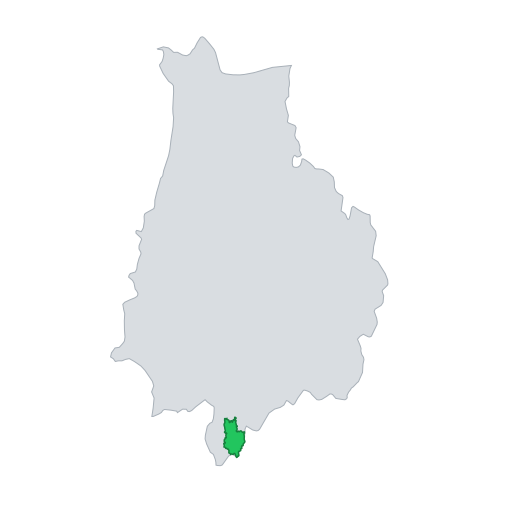 location of Klimavichy, Mogilev, Belarus, rotated 96°
{"feature_id": "67162791B58533541453403", "entity_name": "Klimavichy", "entity_type": "district", "adm_level": 2, "iso_a3": "BLR", "parent_name": "Belarus", "parent_adm1": "Mogilev", "projection": "equal_earth", "projection_center": [31.953, 53.607], "detail": "fine", "context": "in_parent", "style": "filled", "palette": "green", "viewbox_px": 512, "rotation_deg": 96, "n_neighbors": 0, "source": "geoboundaries", "source_scale": "gbopen_adm2", "svg_char_len": 8007}
<svg xmlns="http://www.w3.org/2000/svg" viewBox="0 0 512 512"><g transform="rotate(96 256 256)"><path d="M426.5,342.8L418.0,342.4L407.9,342.5L402.1,345.6L395.9,344.1L391.5,345.9L381.4,354.4L377.4,359.0L373.6,366.0L371.3,371.3L372.5,375.0L374.3,378.4L374.7,382.1L375.6,384.9L373.1,387.1L371.6,390.1L367.4,389.6L362.2,386.6L361.1,382.4L357.1,379.5L354.5,378.0L350.2,377.8L343.2,379.1L334.1,380.2L327.2,380.5L323.4,381.9L317.9,383.4L315.7,381.7L312.8,376.9L310.3,372.2L308.6,370.1L307.1,369.5L305.3,369.6L303.1,371.1L301.5,372.7L295.7,374.5L293.2,376.2L290.3,380.5L288.4,380.2L286.6,379.2L284.5,374.3L281.5,373.2L276.7,373.1L270.7,372.1L265.9,370.6L264.2,371.0L261.2,373.1L258.1,373.4L251.3,371.5L250.0,372.3L245.9,377.7L244.0,378.0L243.0,377.3L243.7,372.6L239.8,371.0L233.1,370.7L228.4,371.4L226.1,371.2L225.0,370.3L219.5,362.5L216.5,362.0L211.0,362.4L203.0,361.4L193.8,359.7L188.8,359.0L186.2,357.2L180.5,356.7L165.3,353.4L159.1,352.8L149.9,352.7L136.0,352.0L127.0,352.4L122.8,353.5L117.9,354.2L101.3,355.1L95.3,355.9L93.5,357.6L91.3,361.2L84.2,367.4L77.3,371.6L76.0,371.9L72.3,369.7L69.0,369.0L65.3,368.7L62.5,369.4L60.8,370.5L60.7,375.3L60.3,375.7L57.7,370.0L58.2,364.8L60.0,361.9L62.1,359.2L61.6,355.3L63.8,350.0L64.1,346.2L63.3,344.6L61.8,342.7L57.6,340.6L55.8,338.9L50.1,336.8L44.4,334.0L43.6,332.4L43.9,331.2L45.0,329.5L49.8,324.4L54.8,319.5L58.0,317.5L74.6,311.2L77.2,309.0L78.1,305.3L78.2,297.8L77.6,291.0L76.6,286.3L74.0,277.5L66.7,259.4L62.8,240.7L66.0,241.8L73.6,242.2L79.8,240.9L83.0,240.7L85.8,241.1L93.9,240.1L95.8,241.8L99.3,243.3L106.4,241.1L112.8,238.5L119.3,238.8L120.3,237.5L122.2,230.9L124.2,229.5L131.9,230.1L134.9,228.9L138.0,225.7L142.7,223.7L146.5,223.7L150.6,221.4L152.4,222.9L153.3,225.6L151.8,227.8L152.4,228.7L155.1,229.8L159.8,229.7L162.8,228.8L163.6,227.6L163.7,225.3L163.0,223.2L161.1,221.4L157.4,220.5L154.8,220.4L154.4,219.3L155.4,216.8L157.9,212.3L161.0,208.2L162.8,206.7L163.1,205.2L162.9,202.8L163.0,198.3L165.9,192.1L169.5,187.4L174.1,185.9L179.8,185.1L183.5,182.9L185.3,180.4L187.0,176.4L188.8,175.6L202.3,176.1L204.5,172.1L205.7,171.0L208.3,169.8L210.1,168.4L209.5,167.3L206.1,166.6L198.1,166.0L196.5,164.7L197.1,163.1L199.4,159.0L201.7,153.8L202.9,149.7L203.1,147.3L204.3,146.7L210.8,145.9L213.1,145.1L218.9,139.6L223.3,138.6L234.3,140.0L239.4,139.9L245.8,140.3L246.4,139.8L248.9,134.3L260.1,125.6L266.0,122.6L269.8,121.9L271.1,122.1L276.8,126.7L278.2,126.8L282.1,124.9L288.9,124.8L292.0,126.4L296.4,132.0L298.7,132.7L305.3,129.5L309.0,128.5L311.4,128.5L323.7,132.9L324.6,134.3L324.6,135.9L322.6,141.1L325.1,144.3L328.1,146.4L334.5,142.9L336.9,141.9L339.5,141.8L343.0,140.5L345.5,138.5L347.9,137.8L352.4,138.3L360.7,137.9L370.3,141.0L371.1,141.9L375.9,145.6L377.5,147.4L379.1,148.0L381.7,149.7L385.1,150.9L387.5,150.5L388.6,151.1L389.7,152.5L389.7,154.9L389.3,161.7L385.8,165.3L385.4,166.6L385.5,168.1L388.2,171.1L391.8,175.7L392.6,178.4L392.5,180.4L387.7,186.3L386.0,187.7L384.9,190.6L384.3,193.6L384.6,194.8L392.7,199.5L398.7,202.1L400.0,203.3L400.1,204.1L396.9,209.2L396.6,210.6L401.4,212.7L404.0,216.0L406.3,221.5L410.9,226.7L427.9,234.3L429.4,235.7L429.9,237.4L429.4,241.0L426.2,247.8L429.2,248.8L436.7,248.5L445.9,249.4L456.9,254.2L456.9,256.4L455.8,258.4L456.6,260.5L457.8,262.3L467.3,267.7L468.2,269.3L468.4,272.0L468.2,273.9L465.5,274.3L462.6,275.2L457.8,277.6L455.9,280.9L448.2,285.4L443.3,287.5L439.5,287.6L430.4,286.6L427.2,284.4L425.9,282.3L422.4,281.4L417.7,281.3L411.3,281.7L410.0,282.3L408.9,284.8L406.2,289.2L404.2,291.6L412.3,300.2L416.4,303.8L417.7,305.9L417.7,307.5L415.7,309.3L416.0,313.0L420.0,317.8L418.6,318.6L418.2,324.5L418.2,330.9L419.3,332.5L421.5,333.7L423.3,336.1L426.3,341.4L426.5,342.8Z" fill="#d9dde1" stroke="#a8b0b8" stroke-width="1"/><path d="M455.9,260.6L455.5,260.1L455.5,259.5L455.7,258.4L455.6,257.9L455.2,257.3L454.7,257.2L454.6,256.5L455.6,255.8L457.0,255.2L457.8,254.7L458.3,254.2L458.1,253.8L457.8,253.5L457.4,253.3L457.0,253.2L456.9,253.0L456.9,252.6L456.3,252.2L455.4,252.3L454.6,252.5L454.2,252.7L453.3,252.9L452.5,252.9L452.2,252.8L452.0,252.2L451.7,251.7L451.4,251.3L451.1,250.9L450.7,251.0L450.0,251.0L449.2,251.1L449.2,250.6L448.7,250.0L448.0,250.2L447.5,250.3L446.7,250.4L446.3,250.2L446.2,249.7L446.1,249.3L445.8,249.0L444.7,249.1L444.1,249.0L443.8,248.7L443.2,248.3L442.2,247.7L441.4,247.7L440.6,248.2L439.7,248.5L438.7,248.7L437.8,248.7L437.0,248.7L435.9,249.0L434.6,249.3L433.7,249.4L433.3,248.9L432.6,249.0L432.2,249.1L432.3,249.6L432.3,249.9L432.4,250.1L432.5,250.2L432.6,250.5L432.8,250.8L432.8,251.0L432.7,251.2L432.5,251.4L432.4,251.5L432.2,251.7L432.0,251.9L431.7,252.2L431.6,252.4L431.6,252.7L431.6,253.0L431.6,253.3L431.7,253.5L431.9,253.7L432.2,253.9L432.4,254.1L432.5,254.3L432.5,254.6L432.4,254.8L432.2,255.0L432.0,255.5L432.3,255.8L432.5,255.9L432.7,256.0L432.8,256.1L432.8,256.5L432.6,256.6L432.5,256.8L432.5,257.0L432.4,257.1L432.1,257.3L431.8,257.3L431.6,257.2L431.2,257.0L430.9,256.9L430.7,256.8L430.3,256.7L430.0,256.7L429.6,256.8L429.2,257.0L428.9,257.2L428.6,257.3L428.3,257.5L427.9,257.6L427.7,257.6L427.6,257.4L427.5,257.2L427.4,256.9L427.0,257.0L426.9,257.1L426.8,257.4L426.6,257.7L426.4,257.8L426.0,258.0L425.7,258.0L425.4,258.2L425.0,258.3L424.6,258.4L424.0,258.6L423.5,258.9L423.1,259.0L422.9,259.0L422.7,258.9L422.4,258.6L422.1,258.6L421.9,258.6L421.7,258.9L421.6,259.2L421.6,259.3L421.4,259.4L421.2,259.5L420.9,259.5L420.7,259.6L420.4,259.5L420.2,259.4L420.0,259.2L419.9,259.0L419.6,258.9L419.3,258.9L419.1,259.0L418.9,259.2L418.9,259.5L418.7,259.7L418.6,259.8L418.6,260.1L418.7,260.3L419.0,260.3L419.7,260.3L420.2,260.3L420.6,260.1L420.9,260.1L421.2,260.1L421.4,260.2L421.6,260.4L421.6,260.6L421.5,260.8L421.4,260.9L421.3,261.0L421.2,261.2L421.3,261.4L421.4,261.5L422.0,261.7L422.3,261.7L422.5,261.8L422.9,261.9L423.2,261.9L423.4,262.0L423.7,262.1L423.7,262.3L423.5,262.5L423.0,262.5L422.7,262.6L422.5,262.8L422.4,263.2L422.5,263.5L422.6,263.8L422.8,263.9L423.3,264.1L423.7,264.2L423.9,264.3L424.2,264.5L424.4,264.8L424.4,265.0L424.0,265.3L423.6,265.4L423.3,265.4L423.1,265.4L422.7,265.5L422.4,265.7L422.2,265.9L422.0,266.2L422.0,266.5L421.8,266.9L421.6,267.2L421.4,267.4L421.2,267.5L421.2,268.0L421.4,268.2L421.5,268.4L421.4,268.6L421.2,268.7L420.9,268.6L421.0,268.8L421.0,269.0L420.9,269.3L420.9,269.5L420.9,269.8L421.0,270.1L421.4,270.2L421.5,270.1L421.8,270.0L422.1,270.0L422.6,269.9L423.0,270.0L423.1,269.9L423.3,269.8L423.7,269.7L423.9,269.7L424.2,269.6L424.5,269.6L424.9,269.6L425.2,269.6L425.5,269.7L425.8,269.9L426.2,270.0L426.5,270.1L426.9,270.1L427.3,270.1L427.7,270.0L428.1,269.8L428.7,269.6L429.2,269.4L429.6,269.2L430.3,269.1L430.6,269.0L430.9,268.9L431.3,268.8L431.7,268.7L432.0,268.5L432.5,268.4L433.0,268.3L433.3,268.3L433.7,268.3L433.9,268.4L434.0,268.6L434.1,268.8L434.3,268.9L434.5,268.9L434.7,268.7L434.9,268.5L435.0,268.3L435.2,268.1L435.4,267.9L435.3,267.6L435.1,267.4L435.0,267.2L435.2,266.9L435.4,266.7L435.6,266.6L436.0,266.8L436.4,267.1L436.9,267.2L437.2,267.2L437.7,267.2L438.1,267.1L438.4,267.0L438.6,267.0L438.9,266.9L439.2,266.8L439.3,266.7L439.5,266.6L439.8,266.6L440.0,266.8L440.0,267.0L439.9,267.2L439.9,267.4L439.9,267.5L440.0,267.6L440.3,267.7L440.5,267.6L440.9,267.5L441.2,267.7L441.4,267.8L441.5,268.0L441.8,268.2L442.1,268.3L442.6,268.3L442.9,268.3L443.2,268.2L443.5,268.2L443.8,268.1L444.1,268.1L444.3,267.9L444.4,267.5L444.5,267.3L444.6,267.1L444.9,267.1L445.4,267.2L445.5,267.3L445.6,267.6L445.6,267.8L445.6,268.0L445.7,268.3L445.9,268.4L446.0,268.4L446.3,268.4L446.6,268.2L447.1,267.8L447.3,267.8L447.7,267.8L448.3,267.8L448.7,267.8L449.2,267.9L449.3,267.5L449.4,267.1L449.5,266.8L449.7,266.5L450.0,266.3L450.3,266.1L450.5,265.9L450.5,265.7L450.3,265.5L450.3,265.1L450.5,264.8L450.7,264.7L450.9,264.4L451.0,264.2L451.1,263.9L451.0,263.6L451.0,263.4L451.1,263.2L451.5,263.1L451.8,263.0L452.0,262.8L452.1,262.7L452.3,262.5L452.6,262.5L452.8,262.5L453.5,262.5L453.9,262.5L454.2,262.4L454.6,262.4L454.8,262.2L454.9,261.8L455.0,261.4L455.2,261.1L455.3,261.0L455.5,260.8L455.9,260.6Z" fill="#22c55e" stroke="#15803d" stroke-width="1.5"/></g></svg>